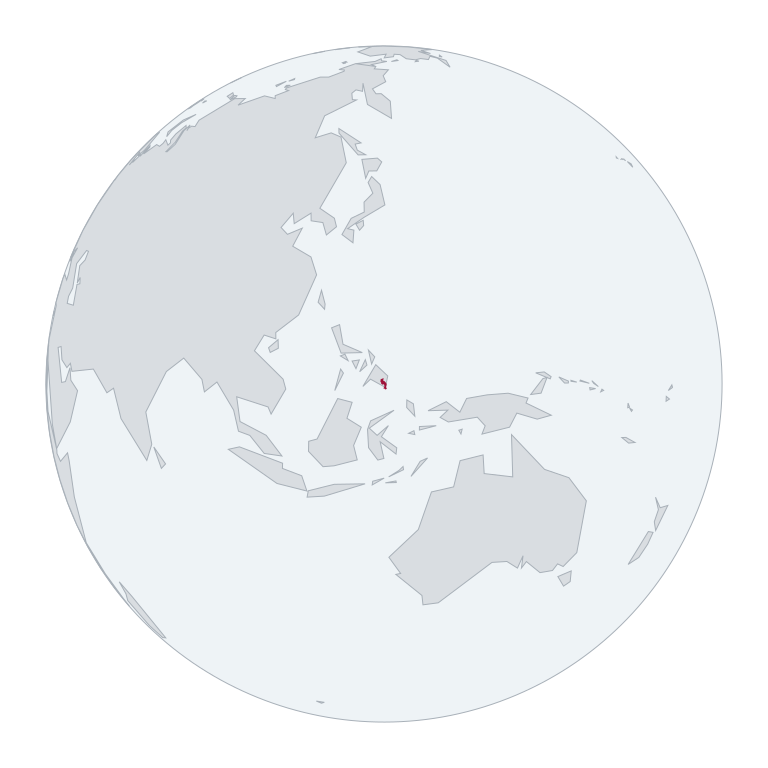 Davao del Sur highlighted on a globe, orthographic projection, rotated 337°
{"feature_id": "PHL-2596", "entity_name": "Davao del Sur", "entity_type": "Province", "adm_level": 1, "iso_a3": "PHL", "parent_name": "Philippines", "parent_adm1": "", "projection": "orthographic", "projection_center": [125.415, 6.192], "detail": "fine", "context": "on_globe", "style": "filled", "palette": "rose", "viewbox_px": 768, "rotation_deg": 337, "n_neighbors": 0, "source": "natural_earth", "source_scale": "10m", "svg_char_len": 8652}
<svg xmlns="http://www.w3.org/2000/svg" viewBox="0 0 768 768"><g transform="rotate(337 384 384)"><circle cx="384" cy="384" r="338" fill="#eef3f6" stroke="#a8b0b8"/><path d="M648.6,497.3L648.3,499.6L648.0,500.0L648.6,497.3ZM559.1,95.0L548.3,91.3L555.9,97.9L545.5,91.2L567.5,110.4L568.6,118.2L560.5,104.9L554.3,100.3L551.7,102.7L544.8,98.7L539.6,97.9L531.6,93.3L527.5,87.1L522.2,84.4L520.6,86.4L511.6,83.9L514.8,81.2L499.4,76.8L489.7,68.1L504.5,68.7L492.3,63.9L492.2,63.9L515.2,72.6L537.6,83.0L559.1,95.0ZM697.7,281.7L694.9,274.3L697.5,277.9L697.7,281.7ZM692.5,270.6L693.7,272.9L692.6,271.2L692.5,270.6ZM691.3,269.9L692.2,270.4L691.5,270.6L691.3,269.9ZM690.1,269.8L690.6,269.5L690.7,269.9L690.1,269.8ZM687.1,267.5L686.2,266.7L686.5,265.6L687.1,267.5ZM562.9,104.2L563.5,102.9L565.3,105.7L562.9,104.2ZM540.2,98.7L542.3,100.5L538.7,99.5L540.2,98.7ZM523.2,91.7L516.8,90.0L522.6,90.6L523.2,91.7ZM512.7,88.2L497.3,85.1L500.5,88.5L482.9,78.0L501.8,83.6L508.4,83.5L508.1,85.6L512.7,88.2ZM475.6,73.2L471.3,72.0L475.0,72.2L475.6,73.2ZM484.2,61.3L483.6,61.1L472.9,58.0L470.1,57.3L469.6,57.1L484.2,61.3ZM447.6,52.1L459.7,54.7L459.3,54.6L447.6,52.1ZM94.8,209.2L94.4,210.2L112.9,183.8L114.0,180.7L129.7,161.5L133.1,158.2L132.5,164.2L136.8,159.2L146.1,146.0L155.2,138.9L150.4,141.0L145.6,146.4L142.5,148.4L146.7,143.8L149.8,141.1L152.5,137.9L145.2,144.9L166.9,125.0L190.3,107.1L215.1,91.3L216.2,91.0L220.7,88.1L238.5,79.0L244.0,76.6L249.4,74.1L245.4,75.8L271.1,65.5L272.1,65.2L275.9,64.5L255.1,75.1L246.7,77.9L250.1,75.0L235.1,82.9L242.0,79.6L239.0,81.9L250.0,77.7L248.4,79.1L261.8,73.1L261.0,74.5L252.6,78.3L268.3,74.8L270.2,77.5L274.6,76.2L278.6,73.9L278.4,79.7L281.6,78.6L282.9,76.1L290.1,72.5L302.8,68.7L302.0,70.9L297.3,72.5L286.3,79.9L274.0,84.9L275.0,85.5L285.5,81.8L298.9,72.6L306.8,69.8L301.5,73.8L304.0,72.1L307.7,71.5L310.6,73.2L316.8,68.9L358.1,63.0L367.8,67.0L358.6,70.3L386.6,72.1L395.4,78.7L396.5,76.1L410.8,76.6L408.2,74.4L409.9,73.4L445.3,76.6L453.0,79.9L469.5,80.5L470.2,79.5L465.4,76.9L482.9,78.0L500.5,88.5L498.2,90.1L510.8,96.5L503.7,99.9L503.7,106.4L488.7,107.8L490.0,113.7L494.9,115.7L500.3,126.1L494.7,142.5L478.0,120.2L482.2,98.9L478.6,106.2L473.1,102.3L468.0,103.8L466.0,109.9L469.7,111.8L434.2,113.9L416.9,130.5L433.5,132.2L440.9,139.9L435.7,165.6L393.6,197.2L403.1,212.0L401.7,220.7L389.2,224.3L390.8,211.5L380.7,205.3L383.6,198.2L364.0,201.3L367.2,191.3L350.4,199.7L353.6,208.5L369.7,208.6L353.8,221.5L366.4,238.5L364.6,257.2L332.4,287.1L304.5,294.3L302.1,300.2L292.8,292.1L277.7,302.8L293.0,340.1L291.6,350.3L268.3,367.6L268.3,359.8L243.4,338.2L236.8,362.3L255.5,385.2L261.9,410.4L246.6,401.1L240.4,378.9L231.6,370.6L235.4,349.3L231.0,316.9L215.6,321.1L218.2,308.6L209.8,281.9L188.5,287.5L153.8,316.7L146.7,348.7L135.8,361.7L128.4,313.1L133.4,282.2L125.5,283.8L122.3,256.7L101.7,250.4L103.4,242.4L98.5,245.0L97.0,235.9L101.4,223.3L98.3,223.0L87.9,256.6L91.7,257.3L101.3,246.3L97.2,258.2L99.3,270.4L80.4,296.3L57.5,315.5L63.0,291.4L85.8,225.5L89.5,219.0L89.9,218.3L90.7,216.9L84.8,227.3L91.3,215.1L70.8,259.0L64.0,278.0L57.1,316.8L55.8,320.2L56.0,328.8L65.8,323.7L64.2,331.6L54.8,367.0L47.9,413.8L53.3,449.9L60.4,480.0L62.8,488.9L56.1,465.7L51.1,442.0L47.8,418.0L46.2,393.9L46.4,369.7L48.3,345.6L51.9,321.7L57.2,298.0L64.2,274.9L72.8,252.3L83.0,230.3L94.8,209.2ZM123.9,186.0L128.8,190.1L140.3,172.4L143.2,172.9L146.0,167.2L141.1,171.2L150.2,156.2L157.3,153.1L163.8,146.4L162.4,144.9L148.1,153.1L134.9,174.1L127.9,180.0L123.9,186.0ZM372.5,46.3L371.5,46.3L360.2,46.9L360.9,46.9L372.5,46.3ZM310.8,54.3L315.4,53.2L316.9,53.0L329.0,50.8L328.6,51.1L321.2,52.6L310.8,54.3ZM109.5,187.7L106.0,192.1L108.0,189.2L108.8,188.2L109.5,187.7ZM312.4,54.3L317.4,53.2L314.1,54.1L312.4,54.3ZM329.0,51.4L326.2,52.2L330.0,50.9L329.0,51.4ZM197.8,649.4L204.7,653.7L201.7,653.4L197.8,649.4ZM69.1,481.4L83.9,532.4L81.2,530.9L73.7,514.8L63.5,483.3L64.5,476.2L63.0,462.6L69.1,481.4ZM346.6,475.5L357.1,477.9L356.8,479.5L346.6,475.5ZM335.6,469.1L347.4,470.7L333.7,472.3L335.6,469.1ZM352.0,471.3L364.1,469.4L369.3,467.4L368.5,470.5L352.0,471.3ZM327.6,468.5L285.3,463.9L269.0,458.1L272.6,452.7L299.0,456.9L327.6,468.5ZM271.2,452.4L246.6,433.7L215.2,383.3L226.4,385.4L259.7,417.3L257.5,422.0L272.4,436.3L271.2,452.4ZM332.0,428.7L329.7,443.4L306.1,439.8L295.6,436.3L288.2,416.5L292.3,407.3L300.9,408.5L335.7,379.3L347.5,388.4L336.5,401.1L346.2,414.9L332.0,428.7ZM147.5,352.0L151.7,372.2L146.1,374.7L147.5,352.0ZM350.9,358.1L336.1,370.8L349.9,353.3L350.9,358.1ZM359.7,341.3L360.1,348.5L354.8,341.1L359.7,341.3ZM300.7,309.8L291.6,310.5L291.9,305.5L303.8,301.8L300.7,309.8ZM363.1,273.3L361.0,287.4L358.5,292.0L355.3,283.0L363.1,273.3ZM316.4,62.4L299.9,64.4L287.8,67.6L280.6,71.4L283.7,67.6L302.4,62.6L316.4,62.4ZM353.0,62.3L359.3,60.0L361.3,61.3L360.2,62.0L353.0,62.3ZM353.4,60.8L352.1,57.9L358.7,56.8L358.4,59.2L353.4,60.8ZM331.5,54.1L326.7,54.5L329.5,53.5L331.5,54.1ZM569.7,623.1L573.7,625.7L564.1,634.5L550.8,643.2L538.2,645.5L569.7,623.1ZM470.3,640.2L468.8,629.2L483.3,629.2L478.2,638.6L470.3,640.2ZM579.0,616.4L587.5,606.9L589.7,594.3L589.9,605.8L597.8,606.7L576.8,625.0L579.0,616.4ZM413.7,590.4L348.4,606.6L333.6,602.5L336.3,593.5L320.5,563.9L325.3,564.9L320.8,545.4L358.7,531.4L385.5,501.9L407.9,505.9L424.1,484.3L447.5,488.0L441.2,505.6L466.2,519.8L481.6,480.4L498.4,525.3L517.6,542.5L524.6,570.6L495.6,614.5L477.6,622.0L473.5,617.4L466.2,621.5L453.9,618.6L445.7,603.1L438.6,607.1L444.9,596.4L434.9,605.6L427.8,595.4L413.7,590.4ZM582.0,526.2L585.8,527.7L592.2,535.9L586.1,534.0L582.0,526.2ZM639.0,505.7L640.9,509.4L636.9,510.1L639.0,505.7ZM648.0,500.0L643.2,501.1L648.6,497.3L648.0,500.0ZM600.6,502.1L602.6,505.0L601.1,505.9L600.6,502.1ZM599.1,501.1L601.2,496.9L601.0,501.3L599.1,501.1ZM580.4,475.9L582.6,473.9L583.7,475.7L580.4,475.9ZM372.7,479.6L387.1,469.3L395.2,469.1L372.7,479.6ZM577.0,470.9L571.4,470.0L571.9,467.7L577.0,470.9ZM577.3,465.4L576.6,462.1L580.3,470.1L577.3,465.4ZM566.3,457.1L573.3,463.6L565.5,457.8L566.3,457.1ZM562.2,457.6L557.2,454.6L557.5,453.6L562.2,457.6ZM507.3,457.0L525.8,478.1L511.3,476.2L494.9,462.7L482.7,472.8L454.6,468.4L460.8,462.0L456.9,451.0L428.4,444.1L422.6,436.7L432.6,433.0L414.1,425.8L434.4,424.6L442.8,439.6L454.4,429.6L474.7,434.3L494.7,441.0L511.1,453.2L507.3,457.0ZM434.8,455.8L438.3,456.1L435.3,460.1L434.8,455.8ZM547.7,445.8L554.9,453.4L554.1,455.1L550.6,453.7L547.7,445.8ZM514.9,451.0L532.4,441.1L536.6,441.7L525.0,453.8L514.9,451.0ZM528.0,433.0L536.2,435.5L540.7,442.5L539.0,444.2L528.0,433.0ZM393.3,438.7L392.6,442.6L387.4,439.0L393.3,438.7ZM400.0,437.0L415.8,442.8L398.6,440.2L400.0,437.0ZM353.2,418.9L357.6,428.6L371.8,424.0L361.0,431.5L370.8,447.7L367.7,453.2L357.9,435.7L354.8,452.5L348.6,451.6L344.9,436.6L351.1,419.4L357.3,412.7L383.0,412.1L353.2,418.9ZM399.8,425.7L395.7,414.5L398.8,407.6L403.3,413.7L399.8,425.7ZM383.9,387.6L373.5,374.3L363.6,378.0L384.0,363.0L390.6,378.1L383.9,387.6ZM375.7,359.9L366.4,363.2L376.3,354.3L375.7,359.9ZM364.2,358.9L363.6,350.4L370.7,352.2L364.2,358.9ZM380.4,360.8L382.9,346.7L386.1,355.4L380.4,360.8ZM361.8,331.4L376.3,346.6L356.6,338.8L357.7,311.8L366.3,312.0L361.8,331.4ZM421.6,232.9L420.6,225.8L428.8,225.2L427.2,230.2L421.6,232.9ZM454.8,219.5L430.7,222.8L411.2,226.8L416.4,230.6L410.6,241.9L403.7,230.0L418.5,218.7L433.0,218.0L436.7,208.8L448.3,204.0L448.1,192.3L453.7,188.2L458.3,198.9L454.8,219.5ZM447.5,187.5L451.4,168.6L466.2,173.5L468.7,178.7L460.6,185.0L453.3,182.0L447.5,187.5ZM456.7,165.8L449.7,163.0L440.6,135.5L442.3,131.2L457.1,153.1L451.2,151.9L450.8,158.3L456.7,165.8ZM471.8,73.2L471.3,72.1L474.4,73.6L471.8,73.2ZM408.1,72.2L410.9,71.0L414.5,72.4L408.1,72.2ZM420.5,68.8L414.6,68.0L421.2,67.9L420.5,68.8ZM401.2,66.8L412.4,67.2L401.2,68.2L401.2,66.8Z" fill="#d9dde1" stroke="#a8b0b8" stroke-width="1"/><path d="M384.6,379.1L384.4,379.4L384.4,379.6L384.3,379.8L384.1,380.1L383.9,380.3L383.8,380.6L383.8,380.9L383.8,381.2L383.8,381.3L383.9,381.5L384.0,381.7L384.3,381.6L384.5,382.0L384.8,382.0L385.0,382.2L385.1,382.3L385.1,382.5L385.3,383.0L385.3,383.3L385.4,383.5L385.7,384.3L385.7,384.5L385.6,384.8L385.6,385.0L385.5,385.4L385.1,385.9L384.5,386.7L384.1,387.4L384.0,387.5L383.9,387.6L383.7,387.7L383.4,387.6L383.6,387.5L383.7,387.4L383.8,387.3L384.3,386.1L384.4,385.7L384.5,385.1L384.6,384.9L384.7,384.7L384.6,384.4L384.5,384.1L384.6,383.9L384.4,383.6L384.3,383.4L384.2,383.3L383.9,383.3L383.7,383.3L383.4,383.2L383.2,383.3L383.2,383.2L382.8,383.0L382.8,382.9L382.6,382.8L382.6,382.7L382.4,382.6L382.5,382.4L382.6,381.9L382.7,381.2L382.5,380.9L382.4,380.5L382.5,380.2L383.1,379.5L383.1,379.2L383.3,379.1L384.6,379.1ZM384.0,388.5L384.0,388.8L383.9,388.8L383.7,388.9L383.5,388.7L383.8,388.5L384.0,388.5Z" fill="#f43f5e" stroke="#9f1239" stroke-width="1.5"/></g></svg>